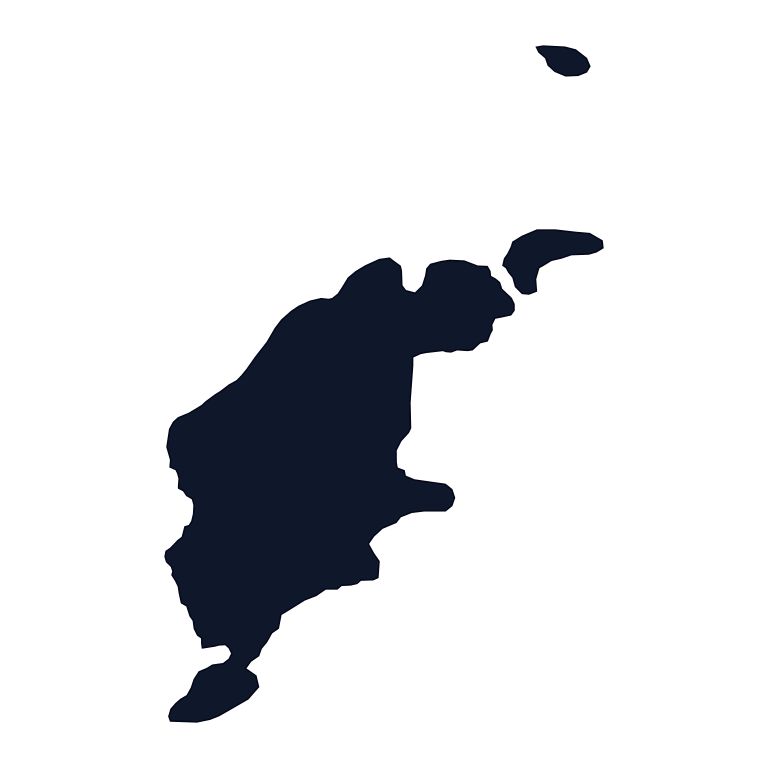 the district of Gotland, Gotland, Sweden
{"feature_id": "70781695B80690990768870", "entity_name": "Gotland", "entity_type": "district", "adm_level": 2, "iso_a3": "SWE", "parent_name": "Sweden", "parent_adm1": "Gotland", "projection": "natural_earth1", "projection_center": [18.646, 57.653], "detail": "fine", "context": "isolated", "style": "filled", "palette": "ink", "viewbox_px": 768, "rotation_deg": 0, "n_neighbors": 0, "source": "geoboundaries", "source_scale": "gbopen_adm2", "svg_char_len": 2772}
<svg xmlns="http://www.w3.org/2000/svg" viewBox="0 0 768 768"><path d="M405.6,290.7L401.8,285.6L401.3,271.0L400.2,266.2L392.7,260.7L389.5,258.2L379.4,259.6L365.5,265.9L355.9,271.7L348.4,277.9L342.6,287.4L338.3,294.0L332.4,298.7L328.7,299.5L321.2,298.7L310.0,301.3L298.8,306.4L291.3,311.5L281.7,320.0L275.3,328.4L267.2,342.3L255.4,357.4L246.9,369.5L241.5,376.1L236.7,380.9L229.2,385.0L220.6,391.6L215.3,394.9L206.2,401.6L201.9,405.6L189.0,413.4L178.3,417.8L173.5,422.2L169.7,429.2L167.0,447.0L170.7,459.9L170.1,467.0L176.0,469.6L177.6,472.9L179.2,478.5L178.7,484.8L178.6,488.1L183.5,490.7L186.7,495.5L192.5,498.9L194.1,505.2L193.6,514.1L191.9,521.2L189.3,525.6L185.0,526.8L182.3,537.2L178.0,540.5L173.7,545.0L170.4,548.4L166.1,551.3L165.1,556.6L166.6,561.8L171.5,566.6L173.0,571.5L172.0,574.9L175.7,580.8L178.4,586.4L179.4,593.2L181.5,602.9L186.9,605.9L190.1,616.0L193.3,620.5L194.4,628.7L197.6,635.1L201.8,638.1L201.8,643.4L202.4,647.9L214.7,646.0L219.0,644.9L225.4,644.5L229.2,647.9L231.9,653.5L229.2,659.1L223.3,663.7L212.5,665.2L207.1,668.5L199.1,671.9L194.2,679.5L191.5,687.7L187.2,695.6L180.7,699.4L175.9,703.6L171.0,709.2L168.9,716.4L170.5,721.0L196.8,721.9L209.9,719.2L219.1,715.5L233.6,707.2L248.0,698.9L258.5,686.9L255.9,675.9L245.4,668.6L250.7,661.2L258.6,655.7L261.2,648.4L266.5,642.0L271.7,632.8L278.3,628.2L280.9,614.5L291.4,608.1L304.5,599.9L316.3,595.3L325.5,588.9L337.2,588.9L341.4,585.3L350.5,584.9L357.0,583.4L360.7,580.1L373.1,579.7L377.9,577.5L379.0,561.4L373.6,553.6L368.2,543.9L373.6,536.1L382.2,528.2L396.1,522.3L400.4,516.7L411.6,512.3L423.9,510.8L445.4,510.8L451.8,505.6L454.5,497.8L451.8,489.6L445.3,484.4L431.9,482.5L414.3,480.0L405.2,476.2L404.1,470.7L397.1,468.1L396.1,462.5L396.0,450.3L400.9,440.7L408.3,432.6L410.5,428.1L409.9,402.7L412.6,365.5L412.6,357.0L420.6,353.4L426.4,352.3L443.0,350.4L446.2,351.5L451.0,351.9L456.9,349.7L467.6,350.4L472.4,349.7L479.9,342.7L487.3,340.9L490.0,333.9L492.1,329.9L491.6,324.7L494.8,318.1L502.2,316.7L510.8,314.8L514.0,310.4L514.0,304.2L511.3,298.4L507.0,294.3L501.6,289.2L499.5,282.6L495.2,279.0L490.4,276.4L489.9,271.3L487.2,266.6L477.6,266.2L464.2,261.1L449.8,260.4L441.8,261.5L430.6,264.4L426.9,268.8L425.8,275.7L422.6,285.9L415.2,293.2L405.6,290.7ZM536.4,291.1L535.5,279.1L538.8,267.7L543.0,265.4L551.3,260.3L561.3,258.0L571.3,254.6L588.8,254.0L596.3,251.8L602.9,247.8L602.1,240.9L589.6,233.6L575.4,232.4L555.4,230.1L537.0,230.1L522.1,236.4L512.9,242.1L511.3,247.2L507.9,254.0L504.6,258.6L503.0,265.4L506.3,267.7L508.8,272.3L513.0,277.4L515.5,286.6L522.2,293.4L528.9,294.0L536.4,291.1ZM578.2,75.3L586.5,71.9L589.8,66.3L586.4,58.4L575.6,50.0L564.8,47.2L543.2,46.1L536.5,47.2L539.0,52.2L545.7,57.9L548.2,65.2L554.9,71.3L565.7,75.8L578.2,75.3Z" fill="#0f172a" stroke="#020617" stroke-width="1.5"/></svg>